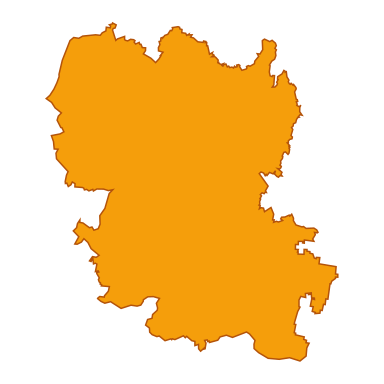 Benito Juárez, Veracruz, Mexico (Robinson projection)
{"feature_id": "50627088B60276405094260", "entity_name": "Benito Juárez", "entity_type": "district", "adm_level": 2, "iso_a3": "MEX", "parent_name": "Mexico", "parent_adm1": "Veracruz", "projection": "robinson", "projection_center": [-98.167, 20.817], "detail": "fine", "context": "isolated", "style": "filled", "palette": "amber", "viewbox_px": 384, "rotation_deg": 0, "n_neighbors": 0, "source": "geoboundaries", "source_scale": "gbopen_adm2", "svg_char_len": 5876}
<svg xmlns="http://www.w3.org/2000/svg" viewBox="0 0 384 384"><path d="M74.8,244.0L77.2,244.2L81.4,242.1L83.9,238.7L87.9,242.4L91.1,248.7L99.1,255.3L96.3,257.3L92.5,256.6L89.5,260.9L91.1,261.5L92.8,258.3L93.5,263.9L95.3,263.2L96.9,264.1L95.4,271.6L98.2,270.9L98.8,272.0L96.7,272.5L96.8,273.6L99.3,277.9L98.4,279.6L99.2,281.9L100.4,282.8L100.1,284.0L101.6,284.6L101.3,285.9L109.4,286.6L108.3,291.3L104.5,295.7L104.3,297.1L99.8,296.5L98.0,297.9L97.6,298.6L101.0,301.4L104.8,303.2L110.6,301.7L121.1,308.4L131.0,305.2L137.1,306.1L140.8,305.1L143.2,301.4L143.4,299.7L147.8,296.8L153.4,296.6L159.5,298.4L156.4,303.3L157.6,308.0L157.2,310.3L152.6,314.5L152.0,318.3L147.6,319.5L145.6,325.1L149.4,328.0L149.7,332.2L152.2,334.7L156.9,336.6L159.2,336.0L165.0,340.7L170.8,338.9L171.7,339.7L172.3,338.8L174.9,339.6L183.4,335.8L185.3,337.7L186.7,336.3L191.8,340.7L194.9,341.4L194.9,345.6L198.5,344.4L198.6,348.8L200.6,351.2L203.7,348.5L203.6,349.2L205.1,348.8L206.0,343.1L204.6,340.4L207.2,339.9L207.7,341.5L209.0,341.0L209.4,342.5L217.8,340.2L220.1,336.9L226.4,335.2L232.5,337.4L246.5,332.0L249.6,334.0L255.0,340.4L254.0,344.2L254.1,348.6L258.7,352.7L268.1,358.3L279.2,359.3L289.6,357.7L300.0,361.0L306.1,356.1L306.8,347.9L309.1,343.2L306.0,342.7L306.5,340.3L303.7,339.4L304.2,336.9L295.4,334.8L295.7,333.2L294.2,332.7L295.8,324.5L294.2,324.2L294.7,321.8L297.7,311.5L300.0,307.1L299.0,306.7L299.0,300.0L300.8,296.4L305.7,297.5L305.4,293.5L308.4,293.2L308.5,294.6L310.0,294.4L309.8,293.0L311.2,292.8L311.6,297.8L314.4,298.1L314.5,299.5L311.8,298.7L310.3,306.2L313.2,306.7L312.2,311.4L315.3,312.4L315.0,313.6L319.9,313.2L320.3,310.2L322.2,310.5L323.5,304.3L325.2,304.6L325.8,298.9L327.9,299.2L330.0,283.8L330.8,283.9L331.7,281.2L335.5,278.4L335.5,277.1L337.8,277.2L337.8,274.3L335.5,274.0L336.1,266.7L319.0,263.8L319.8,257.6L316.4,257.4L316.1,258.7L314.3,258.1L312.8,253.9L309.9,253.2L309.9,251.6L307.0,251.2L307.0,249.5L304.1,249.4L304.0,254.3L298.1,254.1L298.1,251.8L297.5,251.9L298.3,249.5L295.4,249.3L295.5,244.5L298.3,244.6L298.4,241.4L302.9,241.4L302.6,242.9L304.3,243.2L304.4,240.0L313.9,241.3L312.7,239.0L315.3,234.7L314.5,232.4L317.2,232.9L318.0,232.3L316.7,229.9L313.9,228.1L306.0,228.4L303.5,226.5L302.0,226.9L296.0,225.0L293.4,220.7L293.5,218.2L291.7,214.2L289.8,216.1L289.2,215.1L285.0,217.0L281.6,217.2L280.7,218.9L282.6,220.5L278.4,222.0L276.4,221.3L273.6,222.3L274.2,219.9L272.6,219.9L273.7,214.2L271.0,207.5L264.5,211.7L263.5,208.1L261.0,207.7L259.4,208.7L260.2,205.7L259.0,205.1L259.9,204.1L259.6,201.7L260.6,199.1L259.9,198.7L261.5,195.9L260.3,194.6L262.1,192.8L264.1,193.7L265.1,192.3L266.4,192.5L265.5,190.7L268.1,186.1L259.2,173.6L261.0,172.0L263.6,173.0L265.2,175.7L266.2,174.4L267.0,175.5L269.5,172.4L273.1,173.9L275.5,170.7L274.5,174.0L277.0,176.5L278.5,177.2L279.8,175.7L282.1,176.0L281.0,174.4L282.0,172.3L277.7,168.6L279.6,168.9L280.9,167.7L281.3,166.3L279.9,165.2L280.9,163.3L280.6,160.9L282.4,158.6L282.8,156.6L282.2,156.1L283.8,152.4L285.5,151.9L288.0,154.4L289.0,153.1L289.6,149.5L289.0,148.1L289.8,147.5L288.9,146.2L289.8,145.8L287.3,142.9L288.4,142.7L288.3,141.0L289.8,139.4L292.0,138.8L292.4,137.0L291.0,135.6L292.8,129.5L291.5,127.5L293.1,126.1L293.5,123.7L295.7,122.7L296.5,119.5L297.7,117.6L299.1,117.2L298.4,116.7L300.0,114.7L302.1,115.2L299.7,111.7L299.8,107.5L300.8,105.1L299.4,106.8L296.8,105.4L297.2,104.3L296.3,101.8L297.7,101.4L297.3,99.6L296.3,99.4L294.6,91.9L296.2,88.9L295.9,87.5L293.6,84.5L293.1,85.2L291.1,83.3L290.3,84.3L289.3,83.7L288.3,81.7L288.9,80.1L286.9,76.8L286.3,71.7L285.3,72.1L285.5,71.5L283.9,70.4L282.0,73.9L277.7,76.7L277.5,79.2L278.1,79.5L276.7,82.2L277.5,83.7L277.0,84.9L275.0,87.0L272.3,87.1L273.8,85.0L274.5,75.6L272.7,75.5L272.1,76.6L270.1,75.8L269.3,71.9L270.1,65.7L269.4,65.1L271.8,61.1L274.6,59.2L275.9,55.6L275.4,52.0L276.4,49.8L274.9,48.4L276.3,45.7L275.4,43.1L272.1,40.3L269.7,41.6L264.5,39.1L263.0,40.1L262.3,40.7L262.7,49.7L260.0,54.0L257.2,53.7L258.7,56.4L254.8,61.1L254.4,63.7L250.1,66.2L248.4,65.6L246.5,66.5L246.9,68.0L246.2,69.0L241.9,70.3L239.5,66.5L239.9,65.5L238.7,64.6L236.7,65.1L237.1,66.7L235.6,67.2L234.5,66.2L233.6,68.0L231.9,67.1L229.7,67.6L228.7,66.1L227.3,66.9L225.9,64.0L223.9,64.5L222.9,66.1L222.0,65.5L223.3,63.7L221.1,64.5L218.8,63.3L218.8,62.5L217.8,62.6L218.2,60.1L215.9,57.5L213.7,55.9L213.3,56.7L211.8,56.7L213.9,55.1L212.0,53.7L212.5,52.5L209.5,54.2L207.7,45.8L206.6,45.8L206.7,42.6L205.2,42.6L205.8,41.5L203.6,41.0L203.1,42.4L197.8,41.8L193.5,37.9L190.6,37.2L192.0,34.8L188.5,34.9L188.8,34.2L186.7,35.4L185.7,33.3L181.8,32.7L182.0,29.5L179.9,28.9L179.6,27.3L178.1,26.7L172.3,27.6L172.7,28.8L171.7,30.7L170.3,30.4L167.8,34.3L164.8,35.4L162.8,37.9L162.7,37.3L160.9,38.0L160.7,41.1L159.1,41.5L159.9,44.6L158.4,47.6L158.5,50.9L163.0,52.2L160.3,55.6L160.9,55.8L159.0,58.9L155.6,62.6L150.9,58.2L143.4,53.9L145.5,50.7L145.6,47.8L142.3,47.6L141.0,44.3L139.8,44.3L139.2,42.4L135.6,44.0L134.1,42.1L135.0,40.7L133.7,39.7L130.6,39.3L127.7,40.9L125.4,40.3L124.6,39.5L124.6,36.4L117.5,38.9L115.8,40.4L112.5,30.0L113.2,28.5L115.1,28.0L116.2,24.9L112.6,23.0L112.5,23.8L109.4,24.8L110.6,25.8L110.3,27.8L106.3,27.2L105.9,30.9L102.2,32.8L100.3,35.3L95.6,34.8L82.7,36.1L78.8,38.3L73.7,37.5L70.0,40.6L62.3,60.3L59.0,74.3L59.1,76.7L56.9,82.8L53.9,89.2L49.9,95.3L46.2,98.6L51.6,102.4L55.2,108.0L61.4,112.9L58.3,116.2L57.1,120.2L60.8,127.5L61.9,127.7L63.9,131.8L60.1,133.9L51.4,135.6L53.5,141.6L54.2,149.0L58.1,149.2L56.0,153.2L56.5,158.8L68.1,171.6L66.5,175.1L65.2,181.5L65.4,183.5L66.8,183.1L68.3,186.5L70.9,184.8L72.3,182.0L75.0,183.6L74.9,186.9L82.5,187.5L83.8,188.2L84.4,189.9L86.7,189.4L88.9,190.9L92.8,189.4L93.4,191.0L96.8,189.0L103.6,189.1L108.4,190.6L112.8,189.7L109.2,193.5L104.9,208.4L99.8,215.7L100.1,224.2L98.2,228.7L93.9,230.2L92.0,227.0L89.4,227.7L83.0,223.0L79.8,222.4L79.9,219.9L77.5,223.5L76.6,227.7L73.3,230.9L78.8,236.7L74.8,244.0Z" fill="#f59e0b" stroke="#b45309" stroke-width="1.5"/></svg>